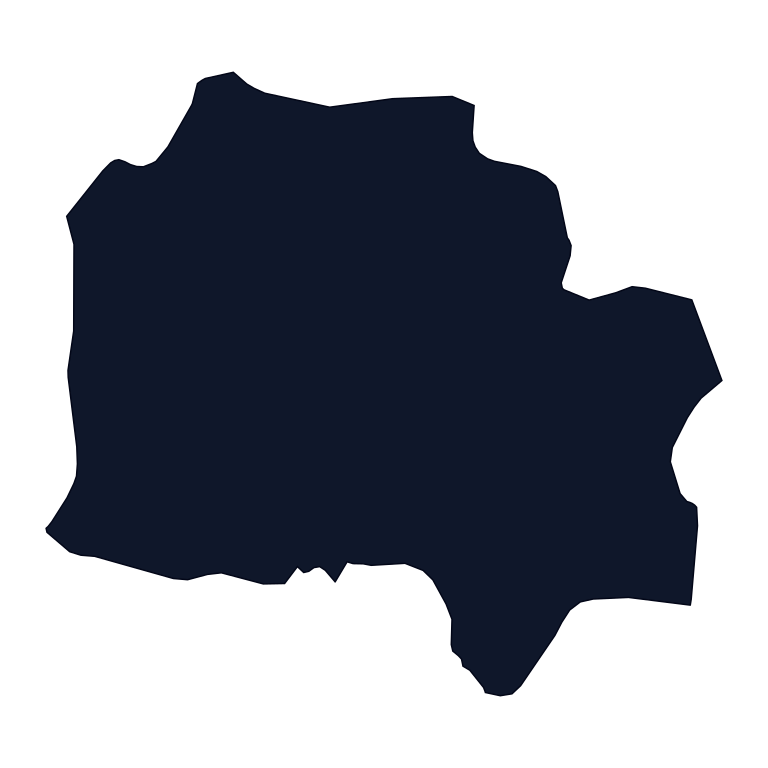 map outline of Kâmpôt (Mercator projection)
{"feature_id": "KHM-1797", "entity_name": "Kâmpôt", "entity_type": "Province", "adm_level": 1, "iso_a3": "KHM", "parent_name": "Cambodia", "parent_adm1": "", "projection": "mercator", "projection_center": [104.331, 10.788], "detail": "fine", "context": "isolated", "style": "filled", "palette": "ink", "viewbox_px": 768, "rotation_deg": 0, "n_neighbors": 0, "source": "natural_earth", "source_scale": "10m", "svg_char_len": 1581}
<svg xmlns="http://www.w3.org/2000/svg" viewBox="0 0 768 768"><path d="M690.2,605.1L628.5,597.4L593.2,599.0L580.3,601.9L569.7,610.0L561.8,622.2L554.9,635.4L520.6,685.7L512.0,693.8L500.3,695.7L485.4,692.5L485.4,692.3L483.6,687.5L469.8,670.2L463.0,666.2L461.5,659.0L458.3,655.6L452.8,651.1L451.3,644.6L452.0,619.3L446.1,604.0L432.9,579.9L423.1,570.4L405.0,563.3L371.2,565.3L363.2,563.8L353.1,563.6L347.1,561.8L335.3,581.6L335.1,581.8L325.3,570.3L319.7,566.6L313.9,567.6L308.8,571.3L303.7,572.5L297.4,566.6L284.6,583.5L263.3,583.9L221.4,572.8L207.4,574.4L187.6,579.7L173.4,578.5L94.7,556.3L80.9,555.2L69.7,551.7L47.0,532.3L46.1,528.4L46.2,528.2L48.1,526.5L51.8,521.8L67.0,497.9L73.9,483.6L76.5,476.2L77.4,463.9L76.8,446.8L68.2,377.3L68.0,370.4L73.7,331.0L74.0,244.3L66.7,216.3L102.8,170.9L110.7,162.9L114.7,160.5L118.9,159.7L125.0,161.8L130.4,164.6L136.6,166.5L143.4,166.8L151.9,163.5L156.0,161.4L167.9,146.9L191.6,105.3L192.4,103.6L197.5,83.5L202.0,80.3L205.3,78.5L233.3,72.3L246.7,84.0L254.0,88.3L264.7,93.2L329.7,107.2L392.6,98.7L452.2,96.5L474.1,105.5L472.3,132.6L472.9,140.7L475.2,147.1L479.3,153.3L487.5,158.8L494.4,161.3L520.9,166.4L536.8,171.5L545.9,176.7L555.5,185.6L557.8,191.7L567.3,237.8L569.0,240.2L571.1,245.6L570.1,255.8L561.2,282.8L562.3,288.2L564.0,289.8L589.1,300.1L615.7,292.8L632.1,286.7L645.4,288.2L691.8,299.9L721.9,380.5L701.1,398.1L694.1,407.1L687.3,417.7L672.3,447.5L670.3,461.8L680.1,493.6L686.8,501.5L689.8,502.4L692.3,503.5L694.7,505.2L696.6,507.3L697.5,525.8L691.2,599.2L690.3,604.9L690.2,605.1Z" fill="#0f172a" stroke="#020617" stroke-width="1.5"/></svg>